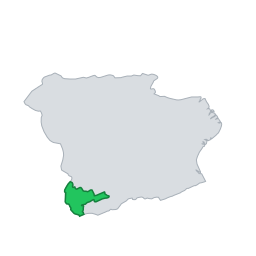 where Sokoto sits in Nigeria, rotated 246°
{"feature_id": "NGA-2871", "entity_name": "Sokoto", "entity_type": "State", "adm_level": 1, "iso_a3": "NGA", "parent_name": "Nigeria", "parent_adm1": "", "projection": "equal_earth", "projection_center": [5.256, 12.709], "detail": "fine", "context": "in_parent", "style": "filled", "palette": "green", "viewbox_px": 256, "rotation_deg": 246, "n_neighbors": 0, "source": "natural_earth", "source_scale": "10m", "svg_char_len": 4895}
<svg xmlns="http://www.w3.org/2000/svg" viewBox="0 0 256 256"><g transform="rotate(246 128 128)"><path d="M194.4,43.7L200.7,55.1L202.1,63.5L202.7,67.6L203.7,68.1L205.6,68.3L207.0,69.2L207.9,70.6L208.4,71.8L208.5,72.6L208.2,77.7L207.7,79.5L208.0,82.0L208.0,83.1L207.8,83.8L206.9,84.6L205.8,85.5L203.0,87.9L202.2,88.2L201.0,88.3L200.0,88.9L198.8,90.2L196.3,95.0L194.1,99.9L192.5,107.8L190.6,110.3L190.3,112.4L190.0,117.4L189.7,118.9L189.4,119.3L187.3,120.2L186.1,121.4L185.4,123.6L184.5,131.2L184.2,132.4L183.5,133.8L182.4,135.2L181.5,136.0L179.1,136.5L176.8,142.2L176.8,143.2L175.8,148.4L174.1,152.3L174.0,154.9L171.8,158.3L170.6,160.7L171.8,163.1L171.9,163.5L168.1,167.7L167.9,168.3L167.7,171.2L167.4,171.9L166.7,173.0L165.7,174.1L164.7,175.0L163.5,175.7L162.4,175.9L161.7,175.5L161.3,174.7L160.7,171.1L160.4,170.4L159.6,169.7L156.7,165.8L154.9,164.5L154.5,164.6L154.2,164.9L153.7,166.9L153.2,167.6L152.3,167.9L150.6,167.9L149.5,167.6L149.2,167.2L148.6,165.7L145.0,169.2L143.7,170.0L142.1,174.2L139.8,176.3L138.2,178.1L134.0,183.7L133.1,185.4L132.3,187.9L130.5,198.6L127.6,205.3L127.2,206.7L126.6,207.3L125.5,206.9L124.9,205.6L124.2,205.4L123.0,203.6L122.8,203.9L124.1,208.5L123.6,210.3L120.0,210.4L116.9,211.0L114.8,210.9L113.7,210.2L113.2,208.5L112.9,209.6L112.3,210.4L109.9,210.5L108.8,209.3L108.0,208.0L107.0,207.4L107.2,208.0L108.2,209.2L108.1,211.1L106.2,213.2L105.0,213.4L104.2,212.4L103.8,210.9L103.6,208.7L103.1,207.3L102.8,207.3L103.2,209.7L103.2,211.9L104.1,213.7L102.7,214.2L101.0,214.3L100.8,213.6L100.6,212.2L100.3,211.8L100.0,214.3L96.5,215.0L96.0,214.9L95.9,214.4L96.2,213.7L96.1,212.6L95.3,213.5L95.2,215.2L94.8,215.4L93.5,215.2L92.0,214.3L89.7,212.2L86.8,208.7L86.3,207.1L85.5,205.2L84.0,199.8L84.3,199.6L85.0,199.9L85.3,199.4L84.1,199.0L83.8,198.6L83.8,197.5L83.8,196.0L85.6,195.3L86.0,194.4L86.3,193.5L84.1,194.9L82.0,193.4L81.5,192.4L81.8,191.7L84.2,191.7L85.0,191.0L84.5,190.8L83.6,190.8L83.2,190.4L83.3,189.3L83.0,189.5L82.6,190.5L81.2,191.2L80.3,190.5L80.3,188.9L80.1,188.2L79.4,187.6L76.9,183.4L73.8,179.9L71.1,177.5L67.0,176.4L58.3,176.4L57.8,176.1L58.3,175.5L59.1,175.2L61.9,173.2L61.4,173.0L58.5,174.2L57.5,174.3L56.2,176.7L47.7,177.2L47.7,176.1L48.1,173.0L48.6,170.9L48.0,168.3L47.9,166.0L48.3,165.3L48.4,164.4L48.3,158.4L48.8,157.5L48.8,156.9L47.9,154.4L47.9,152.4L47.8,150.5L47.5,149.7L47.8,142.4L47.7,140.6L48.0,139.3L48.2,136.2L48.1,133.1L48.7,128.2L52.4,127.6L53.3,125.7L53.8,123.3L53.6,120.9L54.8,118.8L56.2,117.0L56.2,114.9L56.6,114.3L57.3,113.9L58.2,113.6L59.3,112.6L59.9,110.8L60.5,108.0L59.6,106.0L59.6,105.6L60.0,104.5L60.6,103.5L61.0,103.1L62.1,103.4L62.4,103.0L63.1,99.9L63.0,99.0L62.1,96.9L61.5,91.3L61.2,90.6L60.5,89.5L58.4,85.6L58.5,83.7L59.4,81.3L59.9,80.1L60.7,79.4L60.8,78.9L60.6,78.2L60.2,77.7L60.1,76.6L60.5,75.1L60.4,73.5L60.6,65.0L62.3,63.3L64.7,60.5L65.9,57.7L66.6,55.5L67.4,48.2L68.7,47.4L71.1,44.8L74.4,43.2L76.5,42.7L80.2,43.0L82.1,42.8L83.7,41.3L84.4,40.9L85.5,40.7L94.8,44.5L95.6,44.3L96.3,44.6L97.5,45.6L100.2,49.1L103.1,54.5L104.0,55.7L104.9,56.3L105.8,56.6L106.5,56.5L107.2,55.9L108.1,54.9L109.4,54.4L110.6,54.5L116.3,50.4L116.9,50.3L120.5,51.2L125.3,55.4L129.3,58.1L132.1,59.1L135.4,59.7L141.0,59.9L145.1,54.0L146.7,52.7L148.5,51.6L152.5,50.5L158.9,49.8L165.0,50.1L168.8,51.1L172.8,53.0L174.6,54.8L177.3,55.1L179.2,54.8L179.8,53.0L181.7,50.6L184.6,48.4L187.0,46.8L188.9,46.1L190.7,44.3L192.0,43.8L194.4,43.7ZM110.1,212.9L108.8,213.4L107.9,213.3L109.1,210.9L109.7,211.4L110.5,211.6L110.1,212.9Z" fill="#d9dde1" stroke="#a8b0b8" stroke-width="1"/><path d="M85.9,40.6L86.3,40.7L90.1,42.7L93.9,44.6L94.0,44.7L94.1,44.8L94.3,44.8L95.1,44.3L95.4,44.2L96.1,44.4L96.3,44.5L97.2,45.1L99.1,47.5L101.3,50.7L102.4,53.3L101.8,54.0L100.7,54.8L99.4,54.8L98.1,54.4L97.9,54.1L97.7,53.8L97.4,53.7L97.2,53.6L96.9,53.5L96.3,53.5L96.1,53.7L96.0,54.2L96.0,54.7L95.8,55.4L95.5,55.5L95.0,55.3L94.0,55.4L93.1,56.1L93.0,56.6L93.2,59.7L92.8,60.7L92.3,60.9L91.8,61.1L88.8,61.5L88.1,62.2L87.6,63.3L86.9,64.5L86.3,65.0L86.2,66.2L86.5,67.6L86.5,69.0L85.9,69.9L81.7,70.1L79.8,69.7L79.3,71.9L79.2,80.4L78.9,80.6L78.6,80.6L78.5,80.4L78.3,80.2L78.1,80.3L77.9,80.3L77.7,80.2L77.4,80.1L77.2,80.2L74.6,81.7L74.1,82.5L73.5,83.0L72.9,82.7L72.5,82.0L72.6,80.3L73.2,78.6L73.7,75.8L73.6,68.8L74.1,67.7L75.0,67.4L76.0,67.8L76.6,67.3L76.6,66.0L76.2,63.1L76.3,62.4L76.4,61.7L76.5,60.4L76.2,59.3L75.8,58.3L75.8,57.5L76.0,56.8L76.1,56.6L76.1,56.3L76.1,56.0L76.2,55.6L76.4,55.1L76.4,54.5L76.2,54.2L75.8,54.3L75.6,54.7L75.4,55.2L75.0,55.5L74.4,55.5L74.0,55.2L73.5,54.8L73.0,54.5L72.6,54.4L71.6,53.9L70.8,53.3L70.4,52.8L70.0,52.3L69.5,52.5L69.0,52.8L68.2,52.6L67.1,52.6L67.1,52.2L67.1,47.9L68.0,47.9L68.4,47.8L68.8,47.5L70.9,44.9L71.5,44.3L72.2,43.9L73.8,43.4L76.5,42.5L76.9,42.5L77.2,42.7L77.5,43.0L77.9,43.2L78.6,43.3L80.0,43.0L81.9,43.1L82.4,43.0L82.5,42.9L82.9,42.5L83.1,42.2L83.4,41.5L83.5,41.3L83.9,41.0L85.9,40.6Z" fill="#22c55e" stroke="#15803d" stroke-width="1.5"/></g></svg>